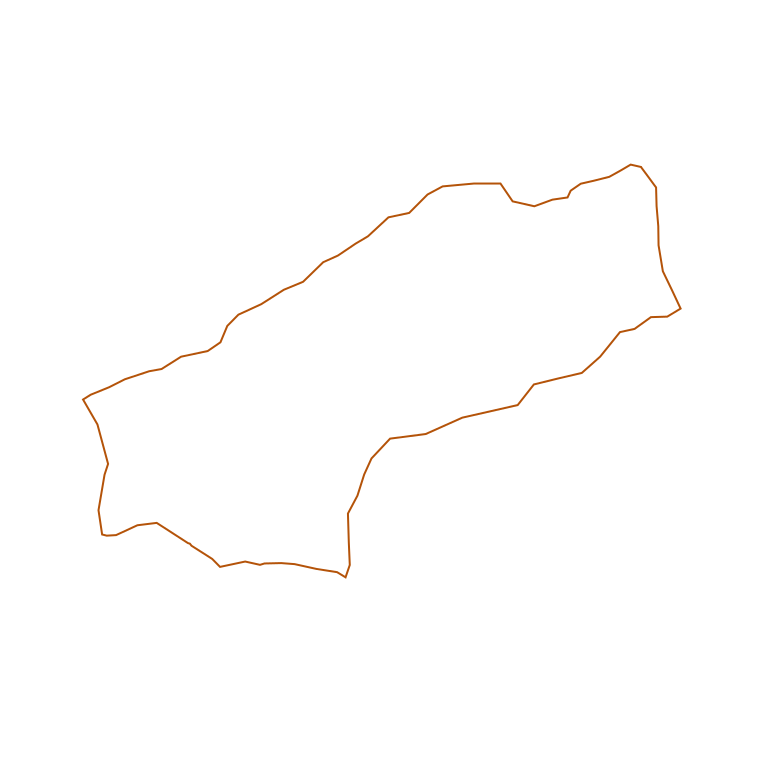 Tremetousia, Cyprus (Albers equal-area conic projection), rotated 258°
{"feature_id": "46923920B22613060517459", "entity_name": "Tremetousia", "entity_type": "district", "adm_level": 2, "iso_a3": "CYP", "parent_name": "Cyprus", "parent_adm1": "", "projection": "albers", "projection_center": [33.606, 35.083], "detail": "fine", "context": "isolated", "style": "outline", "palette": "amber", "viewbox_px": 768, "rotation_deg": 258, "n_neighbors": 0, "source": "geoboundaries", "source_scale": "gbopen_adm2", "svg_char_len": 1213}
<svg xmlns="http://www.w3.org/2000/svg" viewBox="0 0 768 768"><g transform="rotate(258 384 384)"><path d="M202.9,306.2L214.1,312.9L236.7,316.7L264.8,321.8L280.3,334.8L299.6,345.8L313.8,356.3L329.3,378.6L326.4,414.4L334.8,453.6L335.6,510.4L352.4,530.5L353.2,555.5L353.7,579.8L365.8,601.1L385.7,625.6L385.8,640.6L387.1,643.5L393.9,659.0L391.0,675.1L396.1,689.8L416.3,685.1L436.3,680.2L462.6,681.4L481.4,685.1L501.3,687.6L519.7,691.0L522.5,689.7L531.4,685.7L542.1,680.8L542.8,680.6L547.3,670.9L543.7,660.1L539.8,647.4L539.2,631.3L539.0,618.1L534.3,606.8L528.3,602.3L529.3,587.1L526.6,568.0L535.9,547.8L555.9,539.6L561.4,513.5L565.1,482.4L560.3,466.0L546.1,444.2L546.1,423.0L531.8,399.0L527.2,385.4L519.2,365.6L515.8,349.9L500.8,326.1L497.0,305.6L487.6,280.5L482.1,256.0L473.4,242.8L458.8,232.7L452.9,218.4L452.9,191.2L444.9,169.5L445.3,157.0L442.5,131.5L438.0,114.5L434.5,94.9L431.4,86.4L404.0,95.3L363.2,97.5L353.4,91.8L319.9,78.5L295.4,77.0L293.3,81.3L291.9,90.5L297.1,113.4L295.4,132.8L273.2,155.1L269.1,159.2L268.2,160.9L265.8,162.1L248.6,179.6L239.2,185.6L239.2,211.3L232.9,225.1L233.3,229.8L230.2,246.2L226.4,259.1L217.1,279.6L209.7,299.0L202.9,306.2Z" fill="none" stroke="#b45309" stroke-width="2"/></g></svg>